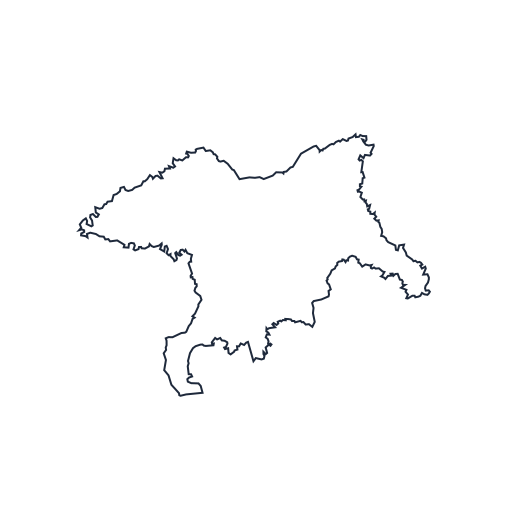 Júlio de Castilhos, Rio Grande do Sul, Brazil, rotated 30°
{"feature_id": "56859067B79484358238114", "entity_name": "Júlio de Castilhos", "entity_type": "district", "adm_level": 2, "iso_a3": "BRA", "parent_name": "Brazil", "parent_adm1": "Rio Grande do Sul", "projection": "orthographic", "projection_center": [-53.633, -29.282], "detail": "fine", "context": "isolated", "style": "outline", "palette": "slate", "viewbox_px": 512, "rotation_deg": 30, "n_neighbors": 0, "source": "geoboundaries", "source_scale": "gbopen_adm2", "svg_char_len": 6124}
<svg xmlns="http://www.w3.org/2000/svg" viewBox="0 0 512 512"><g transform="rotate(30 256 256)"><path d="M292.3,103.4L293.4,102.2L293.6,100.1L291.5,97.1L288.4,98.8L285.8,99.1L285.5,101.3L283.1,103.1L281.4,100.9L280.2,104.7L277.4,108.0L277.9,110.0L276.9,111.1L272.7,111.4L271.6,114.9L270.1,114.7L268.2,117.3L267.3,120.5L265.8,120.9L264.3,122.9L261.9,128.6L260.7,129.5L260.9,131.3L259.5,131.6L258.9,133.7L258.1,132.5L253.0,130.5L251.1,132.4L243.8,144.9L243.3,160.4L241.6,162.1L240.1,167.6L238.0,169.3L238.5,170.8L237.1,170.5L231.6,173.4L230.3,178.0L224.2,185.5L219.7,185.9L216.0,188.8L211.0,191.2L203.3,197.7L193.9,192.7L192.2,193.0L185.4,190.3L180.4,189.7L178.0,192.0L176.4,192.4L173.4,191.0L172.9,189.4L169.8,188.4L168.4,189.0L166.8,187.8L163.6,187.3L160.0,190.2L156.3,188.4L151.4,192.7L150.6,194.0L151.5,195.1L151.6,196.8L148.1,199.1L143.9,200.2L144.3,202.2L145.5,201.8L147.8,203.0L147.9,204.5L146.0,205.5L144.4,210.1L141.1,210.7L140.6,212.3L139.0,213.0L135.7,212.6L137.5,217.3L141.1,218.9L140.2,220.9L135.7,221.7L137.7,223.3L133.5,225.9L134.3,228.4L133.2,230.7L130.4,231.6L136.2,235.4L134.8,236.4L130.5,235.7L129.0,236.9L128.1,240.6L126.8,239.4L123.7,239.0L123.4,243.9L122.3,247.0L121.1,247.6L121.3,252.2L116.7,257.5L115.7,260.7L112.8,263.6L110.0,264.1L107.1,262.2L104.6,264.8L105.8,268.0L104.3,272.0L102.2,274.4L103.8,280.5L100.3,283.2L100.3,285.9L98.9,287.0L98.9,291.3L96.9,293.3L92.4,294.1L95.5,298.4L99.1,298.6L99.1,301.4L97.8,302.3L93.8,301.2L92.1,303.2L93.0,305.5L96.3,307.3L99.3,311.2L98.6,312.6L93.3,313.0L92.3,310.2L89.8,308.5L88.3,311.8L87.6,316.7L90.5,318.9L89.9,322.1L91.9,320.0L94.3,319.7L95.2,321.1L93.4,323.9L94.2,325.6L98.5,324.0L100.8,324.2L98.6,321.4L100.8,318.7L106.4,317.0L110.6,317.2L114.5,315.4L117.2,317.0L119.7,315.2L122.3,316.3L128.0,311.9L136.5,312.1L137.1,314.6L141.4,312.5L139.9,309.0L141.3,307.1L143.9,306.1L145.8,307.5L146.6,311.5L148.5,311.6L150.8,308.8L150.2,306.7L152.0,305.6L153.1,306.5L156.1,305.1L158.5,301.2L157.9,298.8L160.6,299.6L163.0,299.3L166.9,295.4L168.0,292.3L168.8,293.4L169.4,298.0L174.3,298.0L172.3,293.4L173.5,291.9L176.3,294.0L177.2,298.3L179.9,299.0L181.0,297.1L181.9,298.8L186.3,300.0L187.9,301.3L189.1,299.3L188.8,297.7L184.6,293.9L185.0,292.5L188.2,294.0L190.1,293.7L190.9,292.1L187.9,291.5L187.8,288.4L189.3,287.2L191.8,287.9L191.9,285.9L195.1,287.9L200.0,287.1L201.0,291.0L202.7,293.3L201.5,294.1L201.2,296.1L209.4,303.2L209.3,305.9L210.2,307.1L211.5,306.0L212.6,307.5L214.8,307.2L217.1,310.6L218.7,310.1L219.8,311.9L219.4,313.9L220.1,316.8L221.9,317.8L227.7,318.5L230.7,321.2L230.3,326.8L231.3,328.4L232.0,336.4L231.1,340.0L233.6,340.1L232.5,342.1L233.4,346.8L232.8,350.3L233.5,356.5L232.8,357.9L229.9,360.0L224.3,368.1L220.8,370.0L219.0,372.4L220.9,374.1L223.2,378.0L223.6,380.4L225.1,382.3L224.7,386.4L230.0,391.1L233.6,400.8L239.9,403.1L247.1,409.8L257.9,413.3L259.2,414.9L260.5,414.8L264.7,410.8L278.1,401.2L273.1,396.2L269.9,395.1L263.5,398.5L259.8,398.9L258.1,397.0L258.8,394.7L260.9,392.3L258.9,390.9L256.8,392.0L252.0,385.6L251.3,382.6L249.6,380.9L247.4,373.1L247.5,367.3L248.8,364.3L252.2,360.5L253.9,359.4L255.6,359.7L257.5,359.0L263.8,354.6L263.2,352.9L261.9,354.0L260.9,352.9L261.6,347.4L264.0,347.7L266.0,344.9L268.6,346.2L271.2,345.1L274.2,345.1L275.1,346.2L275.4,349.8L274.2,351.2L275.7,352.1L278.0,349.8L280.7,353.7L283.2,353.9L284.9,349.9L284.7,348.5L286.7,346.3L284.7,343.7L286.5,342.7L286.5,339.4L290.2,339.0L290.8,336.0L292.0,334.4L306.4,348.4L306.9,344.5L312.5,342.8L314.1,341.0L313.3,338.3L311.5,337.2L310.3,335.2L313.5,336.1L314.1,334.4L310.1,330.4L311.5,326.2L310.3,325.9L309.5,323.6L307.5,321.9L305.1,321.6L304.6,318.5L306.9,317.4L305.0,316.2L302.6,316.1L301.2,313.3L302.4,313.8L303.5,311.9L308.2,308.2L304.3,306.9L304.8,305.2L308.3,305.4L309.0,303.3L307.7,302.1L309.3,299.9L310.6,300.0L311.3,298.0L313.8,296.8L312.9,295.8L315.7,294.4L318.0,293.5L319.7,294.3L321.8,293.1L323.0,293.9L327.0,289.9L328.8,290.5L330.1,289.5L333.3,290.5L335.9,288.6L340.2,289.2L339.8,283.7L333.9,277.0L331.8,272.2L328.1,268.6L328.5,266.2L334.3,261.0L339.0,254.7L338.5,252.9L336.3,250.0L337.4,247.5L333.5,244.1L331.7,243.9L329.4,242.0L329.8,240.5L328.7,239.4L329.2,234.2L328.7,230.6L330.6,227.3L330.2,225.2L330.9,223.1L329.8,221.4L330.5,219.5L333.0,217.4L332.5,215.8L333.8,215.3L336.6,216.5L336.4,214.5L338.0,213.9L337.0,211.9L337.6,209.7L339.1,207.7L342.7,206.9L345.1,208.4L346.7,207.8L347.9,210.6L349.6,210.4L353.3,212.1L355.1,208.5L359.1,207.4L360.6,206.0L360.6,207.6L361.5,208.9L362.8,208.8L364.0,206.9L365.9,207.1L368.6,205.2L373.4,206.1L375.2,205.6L375.2,209.6L374.5,211.1L377.9,210.7L379.6,211.2L380.2,207.3L383.0,205.3L381.4,204.1L383.2,202.9L384.9,204.4L385.7,201.9L387.6,200.6L392.4,204.5L394.3,203.8L395.9,204.7L396.4,206.5L397.7,207.5L399.6,206.5L397.5,211.0L403.2,210.1L403.4,212.2L406.9,213.4L407.3,217.4L408.7,216.9L411.3,212.2L413.2,211.1L414.6,212.1L416.9,210.1L418.2,208.3L418.2,205.0L421.0,205.0L423.9,203.9L424.4,201.9L424.4,200.0L422.7,199.4L420.3,201.1L418.5,199.4L417.8,197.2L418.2,193.0L417.3,189.7L416.4,188.1L413.6,186.1L410.1,188.5L409.3,182.0L407.9,180.7L406.0,183.9L403.1,182.2L404.3,180.3L402.3,179.4L400.5,179.4L399.0,180.8L396.4,180.4L395.0,181.8L392.9,180.9L386.3,180.3L384.0,178.0L379.3,175.5L378.5,172.1L374.7,175.2L376.0,180.2L374.1,180.7L371.4,177.2L363.5,177.9L361.1,177.1L359.8,175.7L356.6,175.2L354.3,176.0L353.4,172.3L351.3,169.7L349.1,168.6L346.3,165.6L344.9,165.3L344.4,163.8L342.6,165.2L339.8,164.5L340.5,161.9L337.8,160.8L337.1,159.1L336.3,161.2L333.9,162.3L332.8,160.4L330.7,160.9L329.5,159.7L330.4,158.6L329.3,154.8L327.5,157.4L325.9,155.5L324.1,154.9L323.5,153.1L322.5,154.3L321.4,152.9L320.2,153.7L316.9,152.7L316.0,148.3L313.1,148.6L312.1,149.4L311.0,148.3L312.0,147.0L312.6,143.3L311.1,143.6L310.1,141.9L311.8,140.1L309.5,135.3L310.7,133.9L306.4,130.0L305.3,130.8L301.2,120.6L299.1,120.1L298.1,121.5L296.5,121.0L296.0,116.7L300.2,117.5L299.8,114.0L304.5,112.0L305.0,109.8L303.6,109.3L303.0,101.9L302.1,100.8L298.3,104.0L295.5,104.7L292.3,103.4ZM292.3,103.4L289.8,101.9L291.1,101.6L292.3,103.4ZM311.5,326.2L313.4,326.5L313.6,324.9L312.2,324.7L311.5,326.2Z" fill="none" stroke="#1e293b" stroke-width="2"/></g></svg>